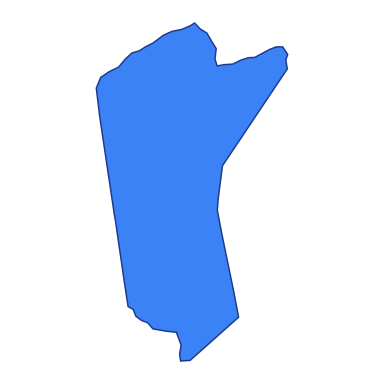 Joaquim Nabuco, Pernambuco, Brazil (Mercator projection)
{"feature_id": "56859067B87449360665449", "entity_name": "Joaquim Nabuco", "entity_type": "district", "adm_level": 2, "iso_a3": "BRA", "parent_name": "Brazil", "parent_adm1": "Pernambuco", "projection": "mercator", "projection_center": [-35.538, -8.57], "detail": "fine", "context": "isolated", "style": "filled", "palette": "blue", "viewbox_px": 384, "rotation_deg": 0, "n_neighbors": 0, "source": "geoboundaries", "source_scale": "gbopen_adm2", "svg_char_len": 757}
<svg xmlns="http://www.w3.org/2000/svg" viewBox="0 0 384 384"><path d="M287.3,68.9L285.8,59.9L287.7,54.4L282.7,46.9L276.1,46.9L269.3,49.6L260.9,54.1L254.8,57.4L248.5,57.7L240.9,60.1L232.7,64.1L224.7,64.6L217.1,65.9L215.0,59.0L216.2,48.6L211.6,41.2L206.8,33.0L200.0,28.8L194.6,23.0L190.1,25.9L181.4,29.5L172.2,31.3L163.6,35.1L153.0,43.0L145.4,46.9L139.5,50.7L131.9,53.0L125.1,59.3L118.6,67.1L109.3,71.6L100.7,77.4L96.3,88.2L99.8,117.1L114.0,212.3L115.9,223.8L124.1,280.4L128.1,306.6L133.2,309.4L135.9,316.3L141.8,320.6L147.5,322.6L153.0,328.9L165.7,331.1L176.4,332.3L181.1,345.0L179.6,354.3L180.6,361.0L190.1,360.4L238.6,317.2L233.9,292.5L222.0,234.8L217.3,210.2L218.3,197.9L222.5,165.7L287.3,68.9Z" fill="#3b82f6" stroke="#1e3a8a" stroke-width="1.5"/></svg>